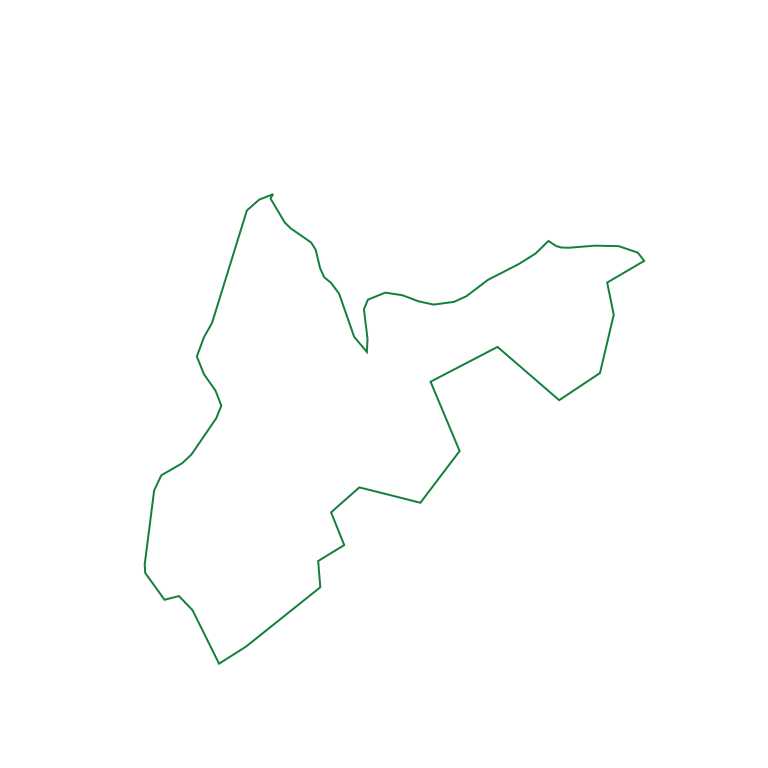 Sevastopol, Mercator projection, rotated 72°
{"feature_id": "UKR-5482", "entity_name": "Sevastopol", "entity_type": "City", "adm_level": 1, "iso_a3": "UKR", "parent_name": "Ukraine", "parent_adm1": "", "projection": "mercator", "projection_center": [33.58, 44.625], "detail": "fine", "context": "isolated", "style": "outline", "palette": "green", "viewbox_px": 768, "rotation_deg": 72, "n_neighbors": 0, "source": "natural_earth", "source_scale": "10m", "svg_char_len": 968}
<svg xmlns="http://www.w3.org/2000/svg" viewBox="0 0 768 768"><g transform="rotate(72 384 384)"><path d="M489.9,669.5L481.8,667.4L414.2,635.5L402.0,624.0L397.0,600.5L391.6,589.0L364.7,554.1L354.3,545.4L338.2,546.3L319.2,552.2L300.0,553.5L283.8,540.7L272.8,528.7L176.6,460.8L170.1,445.8L169.2,431.3L169.0,430.7L172.5,434.6L199.7,428.5L207.2,424.6L226.9,409.6L235.1,407.5L254.3,409.0L264.0,407.9L271.3,403.2L284.2,398.8L329.9,397.8L348.2,390.4L335.9,385.7L306.7,380.0L298.8,373.2L297.5,354.5L305.3,339.0L316.1,325.5L323.8,312.3L327.5,292.2L326.0,278.6L317.1,253.1L311.5,218.4L306.7,199.4L298.8,183.4L305.9,177.7L309.0,173.2L311.5,166.2L317.6,140.7L325.4,118.2L337.5,102.0L347.3,98.5L356.5,140.4L389.1,144.1L440.3,175.2L453.5,222.4L383.8,264.6L396.2,339.0L471.1,332.8L508.2,386.1L474.7,439.4L489.7,474.0L524.9,471.6L532.0,501.3L557.6,507.4L591.1,596.4L599.0,627.3L539.9,636.0L522.3,644.6L521.4,659.4L489.9,669.5Z" fill="none" stroke="#15803d" stroke-width="2"/></g></svg>